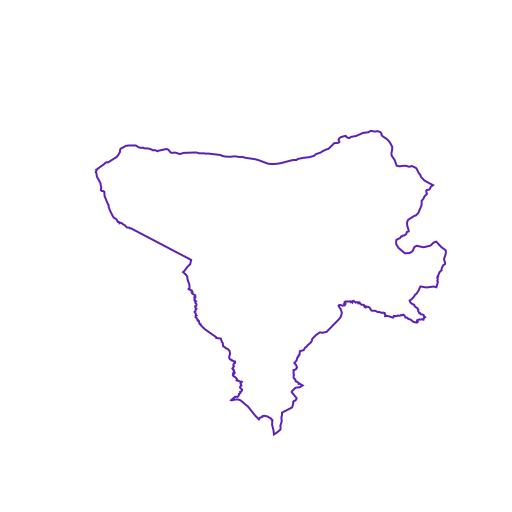 Nabdam, Upper East, Ghana, rotated 291°
{"feature_id": "2480657B74414618551217", "entity_name": "Nabdam", "entity_type": "district", "adm_level": 2, "iso_a3": "GHA", "parent_name": "Ghana", "parent_adm1": "Upper East", "projection": "natural_earth1", "projection_center": [-0.664, 10.847], "detail": "fine", "context": "isolated", "style": "outline", "palette": "violet", "viewbox_px": 512, "rotation_deg": 291, "n_neighbors": 0, "source": "geoboundaries", "source_scale": "gbopen_adm2", "svg_char_len": 6126}
<svg xmlns="http://www.w3.org/2000/svg" viewBox="0 0 512 512"><g transform="rotate(291 256 256)"><path d="M143.5,274.4L143.2,274.6L142.5,274.3L141.6,276.1L141.0,276.0L140.6,277.0L139.7,277.0L139.3,277.8L138.4,276.7L137.8,277.5L137.0,276.9L136.4,277.1L135.7,278.3L135.5,279.9L134.4,282.1L133.9,282.6L133.0,282.5L133.0,283.9L133.3,284.5L132.9,285.7L133.5,287.3L133.4,287.9L131.3,287.3L129.8,288.8L128.2,288.0L127.7,288.2L127.2,288.5L126.3,290.9L125.7,291.1L124.2,290.8L123.6,289.9L122.5,290.5L121.2,289.5L120.0,289.9L118.4,289.6L117.9,289.3L117.2,287.0L112.5,284.5L112.5,285.1L113.5,286.3L115.2,289.4L115.7,291.1L115.7,293.3L112.5,302.6L106.7,312.4L104.5,317.3L106.5,317.7L108.1,319.6L108.7,319.4L109.7,320.6L110.3,323.9L109.6,328.4L108.8,329.0L108.8,330.0L104.2,331.5L99.2,335.0L95.8,336.7L98.4,338.6L102.7,341.0L104.6,340.5L106.1,339.6L111.0,339.2L114.3,337.6L117.0,337.2L119.1,336.4L127.6,344.0L132.0,343.6L132.6,343.1L133.5,343.0L134.5,343.5L134.8,344.3L136.4,344.9L137.8,344.9L141.7,338.1L142.8,338.1L146.4,339.7L147.4,340.4L149.1,343.8L151.9,345.9L152.4,342.7L151.9,341.8L152.7,341.4L153.3,339.5L153.1,338.6L153.6,337.6L154.2,337.5L155.1,336.4L155.3,335.4L155.7,334.9L157.6,334.0L158.6,334.1L159.9,333.0L162.0,332.5L162.8,331.9L164.3,333.7L166.5,334.3L168.6,332.5L169.9,330.1L172.7,331.3L176.3,331.0L177.2,331.7L178.5,331.3L179.2,332.0L182.8,331.1L185.3,334.3L188.1,334.7L189.2,335.6L190.9,336.1L194.5,338.0L196.3,338.5L199.1,338.3L204.0,340.5L207.6,343.0L208.1,345.5L210.5,349.1L227.2,356.3L230.1,357.0L234.0,356.4L236.7,354.1L239.0,350.9L240.1,351.3L240.5,352.0L240.7,354.7L241.6,356.4L242.4,356.5L242.9,355.4L243.3,355.6L243.3,356.6L244.5,356.3L244.9,355.3L245.6,355.7L246.9,359.4L247.4,359.8L247.6,361.0L247.0,361.2L247.5,361.9L247.1,362.6L248.9,362.7L249.1,363.1L248.2,365.7L248.9,366.3L249.3,367.6L249.2,368.1L248.5,368.4L248.7,369.0L249.7,369.4L248.5,370.9L248.4,372.1L249.0,374.1L247.4,375.5L247.3,376.3L248.3,375.8L248.5,376.4L248.2,377.3L248.7,379.1L248.5,380.6L246.7,382.9L246.5,383.9L247.6,387.0L247.3,390.1L248.0,391.1L247.9,393.8L248.6,394.5L248.9,396.4L248.6,396.9L247.8,396.9L247.5,397.8L246.1,398.1L247.2,400.3L247.6,406.0L248.1,406.3L249.4,406.1L250.2,408.7L251.2,409.7L251.7,411.7L252.9,412.5L253.0,413.7L254.0,414.4L253.6,416.0L252.1,417.5L252.6,419.3L251.8,420.9L252.1,422.9L250.9,426.6L251.1,428.4L251.6,430.3L252.7,430.6L253.2,429.5L253.7,429.4L255.3,431.0L255.4,432.1L256.3,433.4L256.5,434.9L257.1,434.6L257.6,435.2L258.3,435.0L259.5,435.8L260.0,434.3L260.8,433.8L261.1,432.6L260.7,431.0L261.0,429.7L261.4,429.6L261.2,428.9L262.9,427.0L264.1,426.8L264.5,425.8L265.1,425.5L265.5,423.2L266.3,421.7L267.0,421.4L267.2,421.0L267.3,418.5L268.0,416.7L269.4,415.4L271.3,416.7L275.0,418.2L276.7,418.3L278.1,419.3L281.8,420.1L286.5,420.4L287.7,426.4L291.2,432.9L291.5,435.6L297.0,435.1L298.0,434.1L299.1,434.2L300.6,433.0L301.8,433.5L302.3,432.8L303.3,433.1L306.6,433.1L309.2,434.4L309.8,434.0L312.2,433.8L314.5,434.1L315.9,435.3L317.0,435.2L320.5,432.6L325.5,432.4L327.3,432.0L329.3,431.1L330.7,425.9L334.0,419.1L332.8,417.6L331.3,416.5L328.8,415.5L328.0,414.8L324.7,410.1L324.1,408.9L323.1,402.3L321.1,400.7L316.6,400.4L313.9,398.5L311.9,394.1L314.6,386.2L317.2,382.7L319.8,381.6L321.5,381.3L324.3,384.0L326.5,384.6L326.7,385.4L327.9,386.0L328.4,387.2L330.4,388.4L332.3,388.2L333.7,389.7L335.1,389.0L338.5,386.3L341.1,385.1L343.4,384.9L344.5,385.2L350.3,389.5L351.1,390.7L354.3,392.1L362.7,392.4L366.8,390.9L369.6,391.8L371.9,391.9L375.1,393.3L377.7,391.6L378.8,391.7L379.9,393.6L380.9,394.3L383.3,394.4L385.6,395.9L386.5,388.1L387.0,385.8L388.9,381.7L390.5,380.5L391.8,378.2L395.3,374.4L395.8,371.9L395.7,368.8L394.8,368.0L394.1,366.6L394.0,363.9L393.2,361.7L391.1,357.7L390.7,355.0L395.4,350.9L398.3,346.7L400.4,345.6L404.5,344.9L406.7,344.1L409.8,340.6L411.0,338.6L412.0,336.5L413.2,331.2L413.9,329.9L415.2,329.3L416.1,328.0L416.2,324.9L414.7,322.2L414.1,318.9L413.3,317.6L411.9,316.7L409.2,311.7L403.9,306.4L401.3,302.1L399.4,300.7L399.4,297.9L400.3,296.7L399.5,295.4L397.2,292.5L395.7,291.6L394.2,291.3L392.7,292.8L392.0,292.9L391.0,292.0L389.4,288.6L381.9,285.2L380.8,283.6L377.6,280.5L376.1,279.6L372.3,275.2L370.4,274.4L367.4,270.4L364.3,264.5L361.5,260.2L360.1,259.3L358.7,255.8L351.5,245.8L349.3,241.9L347.6,238.0L346.5,234.3L346.4,224.0L346.0,220.2L343.8,210.6L343.7,207.8L342.9,206.6L341.4,200.3L339.4,196.4L337.8,191.5L337.3,188.6L337.6,186.8L337.3,185.6L334.4,174.2L333.6,172.8L333.3,170.9L331.5,166.3L331.3,163.3L326.4,151.6L323.9,148.4L323.6,143.6L322.1,140.3L322.0,139.3L323.8,136.1L323.8,134.0L319.2,127.0L318.6,126.7L318.6,123.5L317.8,122.3L318.0,118.5L317.4,115.6L316.5,113.4L316.6,111.4L315.8,110.1L315.4,107.8L316.1,104.1L313.4,97.2L312.2,95.1L307.7,91.2L306.4,91.1L304.3,91.7L300.8,91.2L298.5,90.4L290.3,84.3L290.0,82.8L289.4,82.2L287.7,81.5L279.6,76.2L279.6,76.6L277.0,76.2L276.4,77.1L273.0,79.1L268.4,84.6L266.5,85.6L264.9,86.9L262.0,87.5L261.4,88.7L261.9,89.9L261.6,91.4L257.6,93.2L251.0,99.5L250.7,100.2L248.8,101.0L245.9,103.6L241.6,108.3L240.9,109.5L240.2,112.7L238.3,114.8L238.6,116.0L237.6,116.8L238.6,117.8L238.5,119.2L237.9,120.6L237.7,122.5L236.4,125.2L237.0,127.4L236.6,128.2L237.0,129.4L229.1,196.9L224.6,197.5L222.0,196.1L216.1,194.4L214.8,193.7L213.4,197.4L212.2,199.2L209.8,200.3L205.7,203.8L203.6,204.9L202.0,205.4L201.0,204.9L200.7,205.7L201.0,206.8L200.5,207.4L200.8,208.3L200.1,209.1L199.3,209.0L199.3,209.8L198.2,209.8L197.9,210.5L197.6,213.3L196.3,214.0L195.7,213.4L195.3,214.1L194.6,213.6L193.7,214.3L192.8,214.2L192.5,214.5L192.2,216.1L191.5,215.6L190.2,216.5L190.1,217.2L189.4,217.8L188.0,218.1L187.2,217.2L186.1,217.9L185.4,219.3L184.4,218.8L183.1,219.3L181.7,218.7L180.8,220.3L179.8,220.8L179.2,221.8L178.4,221.1L177.2,221.5L176.9,222.7L176.2,223.3L175.1,225.5L174.7,225.1L174.1,226.4L172.4,227.6L172.4,228.9L171.6,229.2L169.3,234.5L166.0,247.7L165.2,248.2L166.3,252.8L163.6,254.9L162.9,256.1L159.9,257.7L159.7,259.7L159.0,260.7L159.2,262.6L158.1,265.1L155.5,266.8L152.1,267.1L150.9,267.8L150.3,268.6L150.3,270.4L149.8,270.5L149.9,274.3L148.7,274.8L147.8,273.9L146.2,273.8L145.0,275.0L143.5,274.4Z" fill="none" stroke="#5b21b6" stroke-width="2"/></g></svg>